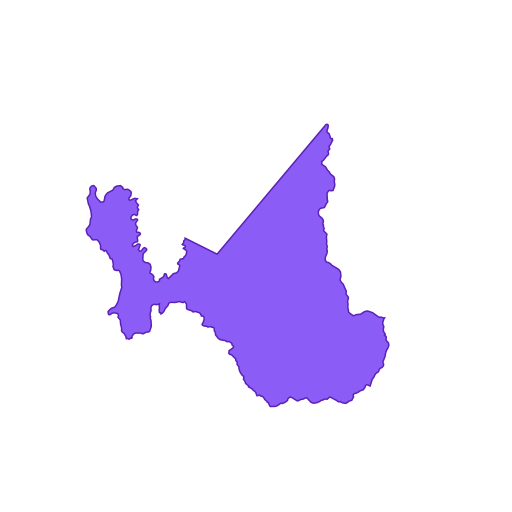 outline of Talamanca, Limón, Costa Rica, rotated 220°
{"feature_id": "36466004B17277375937001", "entity_name": "Talamanca", "entity_type": "district", "adm_level": 2, "iso_a3": "CRI", "parent_name": "Costa Rica", "parent_adm1": "Limón", "projection": "natural_earth1", "projection_center": [-83.039, 9.422], "detail": "fine", "context": "isolated", "style": "filled", "palette": "violet", "viewbox_px": 512, "rotation_deg": 220, "n_neighbors": 0, "source": "geoboundaries", "source_scale": "gbopen_adm2", "svg_char_len": 6134}
<svg xmlns="http://www.w3.org/2000/svg" viewBox="0 0 512 512"><g transform="rotate(220 256 256)"><path d="M273.0,395.0L273.8,394.2L274.4,394.1L278.6,396.7L281.4,396.6L281.9,397.2L283.5,400.9L284.8,402.7L286.0,402.7L286.9,401.8L287.0,232.4L321.8,224.1L320.8,222.9L321.1,221.3L319.9,219.4L320.0,217.5L318.9,217.5L317.8,218.2L316.4,218.1L315.8,216.8L316.6,215.7L316.5,215.0L313.3,215.5L312.3,215.1L311.3,213.9L310.2,211.4L310.5,208.9L309.9,207.4L312.0,204.8L311.3,202.6L311.5,200.2L310.9,199.6L308.9,199.9L308.1,199.4L305.8,194.6L306.0,192.0L307.9,189.5L308.6,182.4L310.1,182.4L313.0,184.3L314.0,184.2L314.5,183.8L314.5,182.9L313.7,182.1L313.7,179.6L315.0,176.2L314.1,175.1L314.1,173.9L315.3,172.2L316.4,171.6L318.2,171.6L319.8,172.5L320.8,174.4L322.2,175.0L323.8,175.2L326.3,174.8L326.9,175.3L327.3,177.1L329.3,180.0L331.7,181.6L334.2,181.4L335.8,180.3L337.4,179.7L339.1,179.8L340.3,180.3L343.9,185.2L343.5,189.9L344.1,191.0L345.9,191.1L346.9,190.6L347.3,189.6L347.2,186.0L348.1,185.0L350.1,185.3L351.5,189.3L352.2,190.3L354.1,189.5L354.9,186.7L356.1,184.3L357.6,184.8L358.0,185.7L357.9,187.6L357.3,189.2L356.1,190.5L356.1,191.3L359.4,194.4L358.6,197.5L358.7,198.6L359.4,199.0L360.6,199.0L362.7,197.6L363.4,197.9L364.2,199.3L365.1,201.7L367.6,202.3L369.0,203.3L369.5,204.3L369.8,207.4L370.3,207.9L371.9,207.3L373.5,204.2L375.9,204.1L377.0,206.1L376.7,208.7L376.2,209.5L373.4,210.3L373.5,211.7L375.4,214.2L375.6,216.1L377.7,216.6L378.3,217.1L378.8,219.5L381.5,219.8L383.8,220.8L383.7,223.6L386.2,222.0L387.9,218.4L388.6,217.5L389.9,217.7L390.5,218.3L390.6,221.6L392.3,224.4L393.5,225.0L396.0,224.9L397.4,224.5L399.2,222.5L400.4,222.1L401.4,222.1L402.2,222.9L405.1,222.8L407.8,219.8L408.6,217.4L408.2,215.9L408.1,214.2L410.3,208.9L410.3,206.1L409.9,204.4L407.7,200.5L407.8,199.2L409.5,197.5L414.2,197.8L417.6,199.0L419.8,201.2L420.7,203.9L421.9,205.1L425.2,205.7L425.9,205.4L426.9,203.9L427.0,201.8L426.4,200.5L424.9,199.3L423.3,197.4L422.8,196.1L422.6,191.9L417.9,188.2L415.4,187.0L411.3,184.3L407.2,180.4L406.5,177.9L403.5,173.4L403.1,170.3L403.2,167.4L402.5,166.5L399.8,164.6L398.5,164.1L395.6,164.3L392.5,163.4L391.2,163.5L388.6,166.1L387.0,166.2L384.8,165.7L382.0,164.3L379.7,161.6L379.1,161.4L377.7,162.1L375.3,162.1L374.7,163.7L373.7,163.7L372.0,162.8L369.2,162.2L366.0,160.3L364.1,161.2L360.0,158.0L358.9,156.1L356.1,154.4L354.9,154.5L354.1,155.3L353.2,155.4L352.4,156.6L351.8,156.8L350.5,156.6L347.7,155.2L344.1,152.0L340.4,147.2L338.7,145.8L336.2,139.7L332.3,132.4L331.4,128.2L331.4,125.8L333.2,123.0L333.6,119.8L333.6,118.4L332.4,117.2L331.4,116.5L330.7,116.6L330.1,117.3L329.5,119.5L328.1,121.4L324.9,123.0L323.2,122.1L322.3,120.4L318.8,119.7L316.1,116.9L312.5,114.3L311.2,112.5L309.9,111.8L307.1,111.9L303.8,110.6L302.2,109.3L301.2,110.3L299.7,110.7L299.2,112.3L298.3,113.2L298.4,113.7L299.1,113.8L299.7,117.5L298.6,119.7L294.9,122.8L292.6,123.6L291.0,127.2L289.4,128.9L289.1,130.0L291.0,134.9L295.1,139.2L297.1,140.5L297.8,141.8L299.2,142.6L300.4,144.4L301.2,146.6L303.4,148.9L304.0,151.2L303.2,153.4L300.9,154.8L299.2,157.3L298.4,155.8L297.0,154.7L295.4,152.3L293.7,150.7L293.2,150.7L292.6,151.3L291.6,150.5L291.0,151.9L290.9,154.2L291.7,157.4L291.6,161.5L292.4,163.5L291.9,165.4L288.1,168.4L285.3,172.0L283.5,172.6L281.9,173.5L281.4,175.2L278.4,174.5L275.4,171.1L274.3,171.0L270.0,172.7L268.2,172.7L266.7,174.6L262.9,176.1L261.2,176.0L259.2,174.9L258.1,176.0L256.6,175.7L255.4,174.8L254.0,171.7L253.3,168.9L252.3,168.6L250.5,169.1L248.6,170.5L247.2,170.6L245.9,172.3L245.1,172.9L244.2,172.9L242.4,174.0L241.5,173.7L240.0,172.0L237.7,171.1L236.4,169.6L231.8,168.6L229.5,168.9L225.2,171.4L223.3,171.6L221.4,173.3L218.4,173.5L217.2,172.5L215.2,172.4L214.6,171.7L214.9,169.3L215.8,166.2L214.3,164.0L212.8,163.7L211.6,164.6L205.4,164.1L204.0,162.8L202.2,162.7L200.9,160.8L197.9,160.1L196.0,158.2L193.4,156.8L190.4,155.8L188.0,155.8L186.8,154.5L186.4,153.5L184.9,153.2L182.7,152.3L182.2,151.7L177.7,151.7L177.6,150.9L174.5,151.6L168.7,151.4L165.5,149.6L163.6,151.8L162.0,151.8L161.0,152.5L159.6,152.6L156.8,151.7L154.1,151.7L153.4,151.2L152.3,151.6L149.4,150.1L148.3,149.9L144.3,153.4L143.2,155.7L142.4,159.2L141.0,159.9L139.9,162.1L139.1,164.6L139.1,165.8L139.8,167.0L139.4,169.7L137.7,170.6L131.3,171.5L130.3,172.7L129.8,174.4L127.7,177.0L126.8,179.2L125.8,180.0L120.2,179.3L118.3,179.7L116.8,180.7L115.0,182.9L113.7,185.5L113.3,187.2L112.2,188.6L111.5,190.5L109.3,192.2L109.1,194.7L108.2,195.7L101.6,197.1L99.1,197.3L98.0,198.4L95.3,199.2L92.6,200.7L91.8,202.6L91.5,204.6L89.9,207.0L90.7,210.8L92.3,212.1L92.4,213.4L91.1,215.3L90.0,217.7L89.7,219.3L87.8,222.6L88.1,225.4L88.7,226.9L88.7,228.4L88.3,228.8L85.0,229.7L87.7,236.3L87.8,238.8L88.6,241.7L88.6,243.7L87.9,245.5L88.1,247.1L88.7,248.2L88.5,250.3L87.8,251.4L87.8,253.7L88.5,255.0L90.7,256.3L92.5,261.8L94.8,265.9L95.6,268.4L95.5,269.2L96.8,273.0L98.8,274.6L102.2,275.1L104.4,277.9L105.2,278.1L106.4,277.6L106.8,279.3L108.6,279.7L110.5,280.7L111.7,282.2L112.7,284.1L114.6,285.0L116.1,286.4L117.6,290.0L117.7,291.2L119.0,290.2L120.3,289.9L122.6,288.1L130.3,287.5L135.2,285.6L136.7,283.8L137.5,282.2L138.4,278.7L141.2,275.9L143.0,272.8L147.6,272.4L149.3,272.7L150.5,274.1L152.3,275.2L154.7,278.4L156.5,279.8L158.2,283.3L159.3,284.0L162.4,284.5L164.3,287.1L171.2,290.5L173.6,290.7L176.0,291.6L176.8,292.6L177.8,295.0L181.1,298.1L183.0,298.7L184.8,298.8L191.4,297.7L194.5,297.9L196.3,297.6L198.3,296.5L199.8,297.4L200.5,297.4L202.2,300.0L203.4,303.8L204.9,306.0L206.0,306.5L207.5,309.0L209.7,310.6L211.2,312.7L214.3,315.8L215.7,318.3L220.2,318.8L221.0,319.6L221.3,320.7L221.8,321.1L223.3,321.9L224.4,323.2L225.6,323.7L226.5,325.7L227.6,326.7L229.5,327.4L233.3,327.4L234.9,328.1L236.8,330.0L237.0,331.3L237.5,332.1L237.2,334.0L234.9,336.9L234.9,338.0L235.7,340.8L236.0,343.8L237.8,345.2L242.0,349.8L242.3,352.8L241.9,353.5L240.4,354.2L239.1,355.7L240.5,359.8L241.5,361.3L243.8,363.3L245.4,365.6L247.2,366.7L252.2,366.7L253.6,367.5L256.3,367.7L260.1,369.0L264.8,368.5L265.4,369.8L266.4,370.5L265.9,372.7L266.1,377.6L265.7,379.7L266.2,381.0L268.3,382.7L268.3,385.4L270.5,386.8L270.5,388.8L271.7,394.0L273.0,395.0Z" fill="#8b5cf6" stroke="#5b21b6" stroke-width="1.5"/></g></svg>